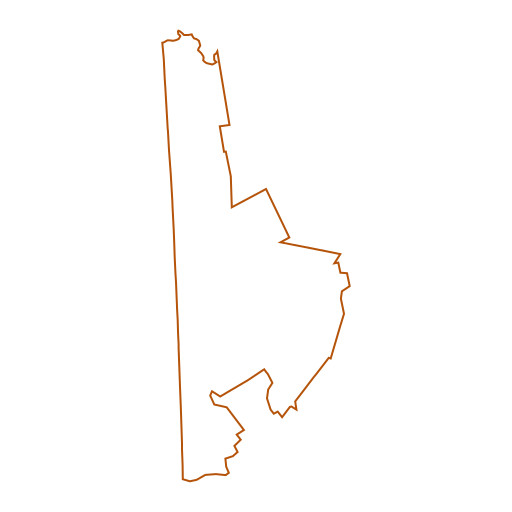 the district of Oxford, Maine, United States of America
{"feature_id": "52423323B46347201261258", "entity_name": "Oxford", "entity_type": "district", "adm_level": 2, "iso_a3": "USA", "parent_name": "United States of America", "parent_adm1": "Maine", "projection": "equal_earth", "projection_center": [-70.823, 44.566], "detail": "fine", "context": "isolated", "style": "outline", "palette": "amber", "viewbox_px": 512, "rotation_deg": 0, "n_neighbors": 0, "source": "geoboundaries", "source_scale": "gbopen_adm2", "svg_char_len": 1842}
<svg xmlns="http://www.w3.org/2000/svg" viewBox="0 0 512 512"><path d="M228.8,472.8L226.2,466.7L225.4,458.6L232.8,456.2L237.6,452.0L234.4,445.9L240.7,439.7L236.7,434.6L243.9,430.0L226.7,407.3L214.3,404.5L210.2,395.6L212.0,391.3L220.2,396.5L248.2,380.0L264.2,369.3L266.2,372.1L267.9,374.1L272.4,382.9L268.2,389.5L267.0,398.4L270.6,409.6L273.8,413.7L277.7,411.6L282.1,417.2L289.9,406.9L291.4,406.5L296.4,409.6L295.2,401.4L302.8,391.5L313.7,377.2L316.0,374.4L328.8,357.8L330.7,358.5L340.4,325.5L344.0,313.8L340.9,298.7L341.9,291.3L349.7,286.1L347.0,273.2L340.4,272.7L338.3,262.6L334.4,263.3L340.3,254.1L325.5,251.1L280.5,242.3L289.3,237.5L277.4,212.7L266.0,189.0L231.8,207.3L230.8,176.3L225.8,151.6L224.0,151.8L219.8,126.3L229.5,125.0L217.3,51.4L216.4,53.1L215.9,53.7L215.4,54.1L214.3,54.7L214.1,56.7L214.3,60.1L215.9,61.7L216.4,62.1L215.2,63.0L212.4,64.5L207.6,63.4L206.2,62.9L204.5,61.7L203.6,60.8L203.2,60.3L203.6,57.7L203.2,56.1L201.1,53.0L199.5,51.5L198.1,50.3L198.1,50.1L198.5,48.6L198.8,48.0L199.9,46.3L200.2,45.3L198.9,40.8L198.2,40.3L196.3,39.0L194.2,38.5L193.2,37.3L192.0,35.2L191.7,34.4L188.1,35.0L184.0,35.0L183.2,34.3L183.0,33.9L182.4,33.3L180.4,31.7L179.7,31.2L178.4,30.7L178.0,31.4L178.0,31.9L178.4,34.3L179.7,35.2L180.3,36.1L180.2,36.3L178.8,38.8L177.7,39.4L176.0,40.1L174.1,40.6L172.4,40.8L171.4,40.5L167.7,40.3L166.2,41.0L164.5,42.0L163.5,42.5L162.3,42.7L163.8,59.4L164.7,78.3L165.4,88.9L167.7,128.8L167.9,130.2L169.0,150.1L170.8,174.8L172.3,200.5L172.5,206.0L173.7,229.4L174.2,242.1L174.7,257.4L175.5,274.2L176.0,281.8L177.1,309.4L177.7,320.2L178.0,331.5L178.2,336.4L178.6,343.9L178.6,344.0L178.6,347.8L180.0,386.8L180.2,391.9L180.8,407.0L182.0,443.2L182.0,449.0L182.2,454.5L182.6,465.6L182.8,479.2L189.9,481.3L196.7,479.8L205.3,474.9L215.8,474.1L225.7,475.1L228.8,472.8Z" fill="none" stroke="#b45309" stroke-width="2"/></svg>